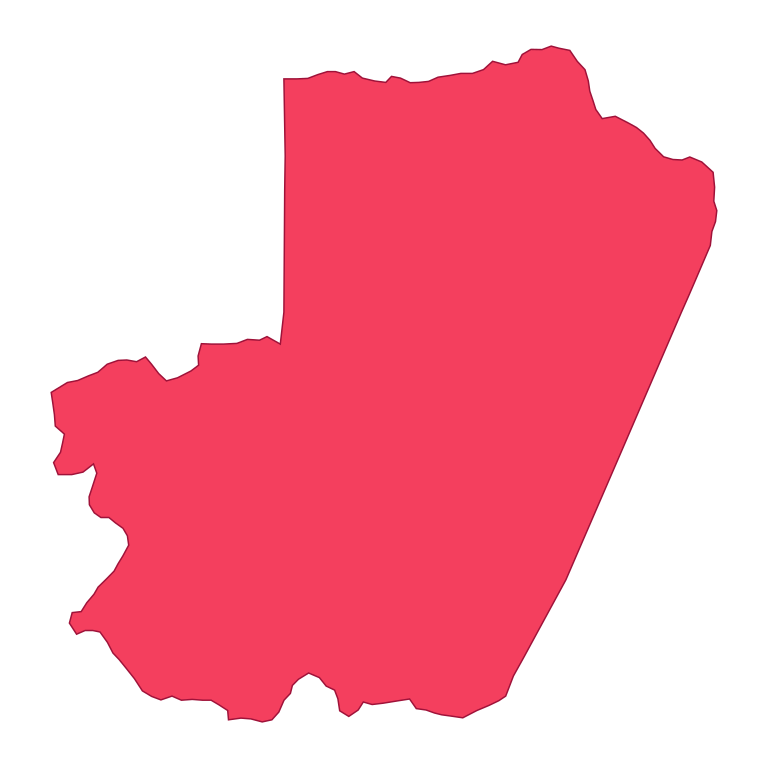 Vila Valério, Espírito Santo, Brazil (Albers equal-area conic projection)
{"feature_id": "56859067B4716518331885", "entity_name": "Vila Valério", "entity_type": "district", "adm_level": 2, "iso_a3": "BRA", "parent_name": "Brazil", "parent_adm1": "Espírito Santo", "projection": "albers", "projection_center": [-40.357, -18.961], "detail": "fine", "context": "isolated", "style": "filled", "palette": "rose", "viewbox_px": 768, "rotation_deg": 0, "n_neighbors": 0, "source": "geoboundaries", "source_scale": "gbopen_adm2", "svg_char_len": 2180}
<svg xmlns="http://www.w3.org/2000/svg" viewBox="0 0 768 768"><path d="M713.1,172.3L701.8,162.0L689.8,157.0L682.1,160.0L672.9,159.5L663.6,156.8L655.1,148.4L650.0,140.4L643.5,133.1L636.6,127.6L628.9,123.3L615.3,116.3L602.2,118.6L595.8,109.5L593.1,101.0L589.8,91.2L588.3,80.9L585.0,69.7L577.3,61.4L569.8,50.4L558.9,48.2L551.2,46.1L542.0,49.6L531.0,49.4L522.2,54.5L518.1,62.3L505.5,64.8L492.6,61.3L483.5,69.6L472.5,73.4L460.9,73.4L450.1,75.4L438.0,77.2L428.6,81.4L419.0,82.4L410.2,82.7L400.5,78.1L391.5,76.4L385.8,82.4L374.7,81.0L362.4,78.1L354.1,71.6L344.4,74.1L335.4,71.6L327.4,71.6L317.8,74.6L307.8,78.4L296.5,78.9L283.9,78.9L285.2,156.0L284.7,189.9L283.9,312.2L280.3,344.1L267.0,336.6L259.5,340.2L247.4,339.4L236.9,343.4L223.2,344.1L211.9,344.1L201.4,343.7L198.1,356.0L198.6,365.2L190.9,371.0L177.5,377.8L166.4,380.9L158.7,373.6L151.5,364.2L145.5,357.0L136.6,361.7L126.8,360.0L118.1,360.4L107.2,364.2L97.8,372.3L88.6,375.8L77.7,380.5L67.4,382.5L51.2,392.4L52.8,403.1L54.4,414.5L55.3,426.1L64.4,434.1L62.5,443.4L60.5,452.3L53.6,462.6L58.2,474.6L71.7,474.6L83.0,472.1L93.5,463.9L96.8,473.2L92.4,486.8L89.1,496.8L89.4,504.8L94.3,512.9L100.9,517.5L108.9,517.5L115.6,523.0L123.0,528.3L127.4,535.8L128.7,545.2L122.9,555.9L118.1,563.7L114.1,571.1L106.1,579.3L98.1,587.1L94.0,594.2L86.8,602.7L81.2,611.6L72.2,612.6L69.4,623.1L76.6,634.2L85.1,630.5L92.8,630.5L100.0,632.0L107.4,642.3L113.0,653.1L119.0,659.4L125.9,667.9L134.4,678.6L142.4,690.9L151.6,696.4L160.9,699.9L172.0,696.1L181.4,700.2L192.2,699.4L202.7,700.2L211.1,700.2L218.9,704.8L227.7,710.5L228.5,719.8L240.9,718.1L250.9,718.9L262.2,721.9L271.9,719.8L278.8,712.1L284.0,700.2L290.4,693.4L292.4,685.4L298.4,679.3L308.6,673.0L319.4,677.6L326.2,686.1L334.6,690.1L337.9,698.8L339.7,710.8L348.8,716.4L358.2,710.0L363.3,702.0L372.1,704.5L383.1,703.2L396.7,701.0L409.6,699.0L416.3,708.6L426.1,710.0L434.5,713.0L441.7,714.8L450.5,716.0L462.8,717.8L476.9,710.5L489.0,705.4L498.8,700.7L505.7,696.1L513.4,676.0L524.3,656.4L529.6,646.6L565.9,579.8L621.5,451.2L681.5,312.0L688.5,296.2L694.6,282.1L710.3,245.5L711.9,231.5L715.5,221.6L716.8,210.6L713.8,201.2L714.6,187.2L713.1,172.3Z" fill="#f43f5e" stroke="#9f1239" stroke-width="1.5"/></svg>